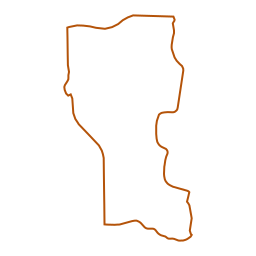 SVG path tracing the border of Donga
{"feature_id": "BEN-2182", "entity_name": "Donga", "entity_type": "Department", "adm_level": 1, "iso_a3": "BEN", "parent_name": "Benin", "parent_adm1": "", "projection": "orthographic", "projection_center": [1.891, 9.258], "detail": "fine", "context": "isolated", "style": "outline", "palette": "amber", "viewbox_px": 256, "rotation_deg": 0, "n_neighbors": 0, "source": "natural_earth", "source_scale": "10m", "svg_char_len": 1982}
<svg xmlns="http://www.w3.org/2000/svg" viewBox="0 0 256 256"><path d="M68.2,95.6L66.1,93.5L64.7,89.9L64.3,87.0L64.9,85.1L67.4,81.2L68.3,79.4L68.4,78.0L68.4,75.1L68.7,73.6L69.0,71.9L67.9,65.2L67.7,54.0L67.5,38.2L67.3,27.6L69.1,27.0L77.1,25.4L83.1,25.6L90.0,26.4L96.0,27.8L105.0,28.8L112.1,27.1L118.1,24.1L122.8,20.2L127.8,17.4L133.1,15.4L173.4,16.6L174.6,19.6L174.5,20.2L174.3,20.9L174.1,21.1L172.8,23.3L174.0,30.4L174.0,33.2L172.9,37.3L171.7,44.8L171.6,47.3L171.8,49.2L174.5,57.2L174.8,57.8L176.7,60.8L179.6,63.9L182.0,66.0L183.2,68.6L183.3,70.6L177.7,107.6L177.2,109.5L176.6,110.3L175.7,111.1L175.2,111.5L174.6,111.9L173.8,112.1L173.0,112.3L167.7,112.1L164.3,112.4L162.0,112.8L161.4,113.0L160.3,113.6L159.0,114.6L156.9,120.8L156.2,125.7L156.2,133.9L156.6,138.5L157.2,141.5L157.5,142.3L158.2,143.5L159.0,144.7L159.9,145.6L160.6,146.2L161.7,146.9L165.9,148.9L166.3,149.3L166.8,149.9L167.4,151.0L167.6,152.0L167.6,152.9L167.4,153.8L166.2,156.7L165.3,160.2L164.6,165.1L164.3,166.7L164.0,173.9L164.2,176.2L164.8,179.2L165.3,180.4L165.8,181.4L166.7,182.5L167.6,183.6L168.8,184.5L170.1,185.3L172.9,186.7L187.1,190.7L188.0,191.1L188.5,191.3L189.3,192.2L188.1,197.3L187.0,201.7L188.4,203.5L189.4,205.4L191.7,218.3L189.8,230.6L190.9,234.1L191.7,234.9L190.6,236.7L188.5,238.2L187.3,239.0L185.6,239.8L183.2,240.5L179.8,240.6L179.0,240.6L178.1,240.4L174.2,238.9L172.5,238.6L169.0,238.7L168.2,238.5L167.5,238.2L165.9,236.9L165.3,236.5L161.1,235.3L159.8,234.6L158.5,233.7L157.5,232.7L155.4,230.0L154.8,229.5L154.2,229.1L153.5,228.8L152.7,228.7L148.4,228.7L147.5,228.6L146.7,228.4L145.9,228.1L145.3,227.7L144.7,227.3L140.9,223.1L139.8,222.2L138.6,221.5L137.0,220.8L136.2,220.6L134.4,220.7L132.1,221.1L119.7,224.5L118.2,224.6L117.4,224.6L114.7,224.8L107.1,224.6L104.5,224.4L104.3,205.1L104.1,191.7L103.9,176.0L103.7,158.0L102.9,154.1L101.8,150.6L98.9,145.4L90.1,136.1L78.7,124.2L78.0,123.0L75.3,118.9L73.3,113.1L72.3,98.5L70.7,94.4L68.2,95.6Z" fill="none" stroke="#b45309" stroke-width="2"/></svg>